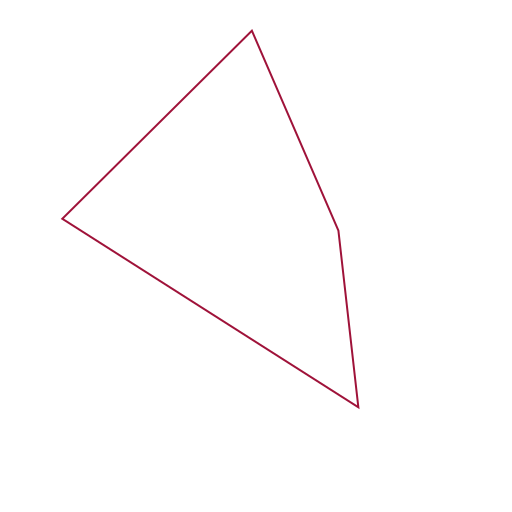 SVG path tracing the border of Ijuw, rotated 233°
{"feature_id": "NRU-4980", "entity_name": "Ijuw", "entity_type": "state/province", "adm_level": 1, "iso_a3": "NRU", "parent_name": "Nauru", "parent_adm1": "", "projection": "mercator", "projection_center": [166.951, -0.505], "detail": "fine", "context": "isolated", "style": "outline", "palette": "rose", "viewbox_px": 512, "rotation_deg": 233, "n_neighbors": 0, "source": "natural_earth", "source_scale": "10m", "svg_char_len": 225}
<svg xmlns="http://www.w3.org/2000/svg" viewBox="0 0 512 512"><g transform="rotate(233 256 256)"><path d="M402.3,123.7L438.4,388.3L226.7,337.1L73.6,246.7L402.3,123.7Z" fill="none" stroke="#9f1239" stroke-width="2"/></g></svg>